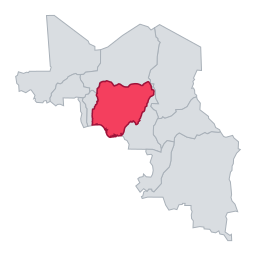 Nigeria highlighted among its neighbors
{"feature_id": "NGA", "entity_name": "Nigeria", "entity_type": "country or territory", "adm_level": 0, "iso_a3": "NGA", "parent_name": "Africa", "parent_adm1": "", "projection": "robinson", "projection_center": [7.751, 9.075], "detail": "fine", "context": "with_neighbors", "style": "filled", "palette": "rose", "viewbox_px": 256, "rotation_deg": 0, "n_neighbors": 10, "source": "natural_earth", "source_scale": "50m", "svg_char_len": 9716}
<svg xmlns="http://www.w3.org/2000/svg" viewBox="0 0 256 256"><path d="M230.4,181.9L231.6,194.5L231.0,197.5L232.0,200.9L235.0,204.2L237.7,211.7L235.6,211.1L227.3,212.8L225.7,216.5L226.9,219.1L225.1,232.0L230.0,235.4L231.4,234.3L231.7,240.6L227.8,240.6L223.9,234.8L219.9,234.0L218.8,230.9L215.6,232.8L211.5,232.0L209.8,229.3L204.1,228.9L203.9,227.1L199.7,226.6L193.0,227.8L193.3,220.8L191.6,218.6L191.3,215.0L192.1,211.5L191.0,209.2L191.0,205.5L184.7,205.5L185.1,203.4L182.5,203.4L182.2,204.5L179.0,204.7L176.9,209.6L174.0,208.8L168.9,210.1L165.7,205.1L163.0,197.2L147.6,197.1L142.2,198.5L141.4,196.6L142.8,196.0L143.8,191.9L145.7,190.7L147.1,191.3L148.8,189.0L151.7,189.1L152.0,190.8L153.9,191.8L161.4,183.4L161.2,178.5L163.5,172.8L169.3,166.9L169.9,165.0L170.9,160.8L171.2,152.3L173.8,145.4L174.5,137.8L176.6,134.8L179.3,132.9L186.9,137.1L194.6,138.8L196.9,134.8L199.2,135.4L205.0,132.4L207.1,133.7L208.8,133.5L209.5,132.1L211.5,131.6L218.7,132.3L220.4,131.7L223.6,136.5L225.9,137.3L232.6,135.4L233.9,137.9L238.5,141.8L238.2,148.7L240.3,149.5L236.6,153.2L233.6,159.0L233.3,163.7L232.1,166.0L232.0,170.4L230.5,172.1L229.1,179.3L230.4,181.9Z" fill="#d9dde1" stroke="#a8b0b8" stroke-width="1"/><path d="M200.7,47.1L201.5,70.5L197.1,70.1L193.5,78.1L194.6,79.5L192.9,81.3L193.5,83.7L191.7,88.3L193.5,88.0L194.6,90.3L194.8,93.7L196.7,95.4L196.6,96.9L193.4,97.9L190.8,100.3L187.1,106.7L182.2,109.4L175.8,109.6L176.3,111.7L171.4,116.0L164.9,118.3L162.7,116.8L161.8,118.3L157.5,118.8L158.3,117.2L155.9,110.7L153.6,109.7L150.6,106.3L151.7,103.5L158.4,103.7L155.6,98.3L155.3,90.5L153.3,86.7L153.8,84.0L150.5,83.8L150.4,80.0L148.3,77.9L150.5,70.1L157.0,64.5L157.2,56.9L159.0,44.9L160.1,42.4L157.9,40.4L157.8,38.5L155.9,37.0L154.5,27.8L159.6,24.6L200.7,47.1Z" fill="#d9dde1" stroke="#a8b0b8" stroke-width="1"/><path d="M19.1,91.4L18.7,85.1L16.8,83.4L15.7,76.4L17.5,75.3L18.4,71.8L23.6,73.4L26.6,72.2L28.5,72.6L29.3,71.3L50.0,71.2L51.2,67.1L50.3,66.3L46.5,15.5L54.2,15.4L88.2,41.1L89.3,43.8L94.9,46.5L94.9,50.2L100.6,49.7L100.5,63.2L97.7,67.2L97.3,70.8L85.6,72.2L83.7,74.3L77.1,74.6L75.8,73.5L73.0,74.3L68.2,76.7L67.1,78.6L63.1,81.2L62.4,82.7L60.2,83.9L57.7,83.1L56.3,84.6L55.5,88.6L51.3,93.5L51.4,95.5L50.0,98.0L50.3,101.4L46.9,103.0L46.2,100.5L43.8,101.1L42.8,102.8L36.7,102.4L35.1,100.7L35.4,98.9L34.8,98.2L33.7,98.8L35.0,95.4L31.2,90.0L30.2,89.8L25.8,92.7L21.3,90.6L19.1,91.4Z" fill="#d9dde1" stroke="#a8b0b8" stroke-width="1"/><path d="M92.2,125.6L87.9,126.3L86.6,122.3L86.9,108.7L85.8,107.5L85.6,104.6L82.3,100.8L83.0,97.7L84.8,97.1L85.8,94.5L88.4,93.9L91.2,90.4L93.1,90.4L97.0,93.8L96.8,95.8L98.0,99.3L96.9,101.6L97.5,103.2L93.3,108.7L92.4,112.4L92.2,125.6Z" fill="#d9dde1" stroke="#a8b0b8" stroke-width="1"/><path d="M154.5,27.8L155.9,37.0L157.8,38.5L157.9,40.4L160.1,42.4L159.0,44.9L157.2,56.9L157.0,64.5L150.5,70.1L148.3,77.9L150.4,80.0L150.5,83.8L153.8,84.0L153.3,86.7L151.8,87.1L151.7,89.0L150.7,89.1L147.2,82.6L146.0,82.4L141.9,85.7L135.1,83.6L133.7,84.5L130.6,84.3L127.6,86.8L125.0,86.9L118.7,83.9L116.3,85.3L113.6,85.2L111.7,83.0L106.5,80.8L101.0,81.5L99.6,82.8L98.9,86.2L97.4,88.6L97.0,93.8L93.1,90.4L91.2,90.4L89.5,92.2L89.6,88.1L83.7,86.8L83.5,83.9L80.7,80.1L80.0,77.4L80.4,74.6L83.7,74.3L85.6,72.2L97.3,70.8L97.7,67.2L100.5,63.2L100.6,49.7L107.8,47.0L122.6,35.4L140.0,24.2L148.1,26.8L151.0,30.0L154.5,27.8Z" fill="#d9dde1" stroke="#a8b0b8" stroke-width="1"/><path d="M153.3,86.7L155.3,90.5L155.6,98.3L158.4,103.7L151.7,103.5L150.6,106.3L153.6,109.7L155.9,110.7L158.3,117.2L154.9,124.8L153.7,125.8L153.4,134.6L155.9,137.7L158.2,142.9L160.6,144.8L161.4,149.2L161.0,152.3L152.7,149.4L128.3,149.1L129.1,144.4L127.0,140.5L124.7,139.5L123.6,136.9L122.3,136.0L123.7,130.2L126.1,124.5L127.6,124.5L130.7,121.0L132.7,120.9L135.6,123.4L139.2,121.4L141.6,113.6L144.4,111.2L148.6,98.9L152.9,94.3L153.7,91.3L151.7,89.0L151.8,87.1L153.3,86.7Z" fill="#d9dde1" stroke="#a8b0b8" stroke-width="1"/><path d="M83.0,97.7L82.3,100.8L85.6,104.6L85.8,107.5L86.9,108.7L86.6,122.3L87.9,126.3L83.7,127.6L81.1,121.8L80.7,118.8L81.9,113.5L80.6,111.4L80.2,102.5L78.0,99.4L78.4,97.6L83.0,97.7Z" fill="#d9dde1" stroke="#a8b0b8" stroke-width="1"/><path d="M50.3,101.4L50.0,98.0L51.4,95.5L51.3,93.5L55.5,88.6L56.3,84.6L57.7,83.1L60.2,83.9L62.4,82.7L63.1,81.2L67.1,78.6L68.2,76.7L73.0,74.3L75.8,73.5L77.1,74.6L80.4,74.6L80.0,77.4L80.7,80.1L83.5,83.9L83.7,86.8L89.6,88.1L89.5,92.2L88.4,93.9L85.8,94.5L84.8,97.1L83.0,97.7L76.0,97.1L74.4,98.1L63.1,97.9L63.6,105.7L60.1,104.2L57.6,104.4L55.8,105.9L50.3,101.4Z" fill="#d9dde1" stroke="#a8b0b8" stroke-width="1"/><path d="M220.4,131.7L218.7,132.3L211.5,131.6L207.1,133.7L205.0,132.4L199.2,135.4L196.9,134.8L194.6,138.8L186.9,137.1L179.3,132.9L176.6,134.8L174.5,137.8L174.1,141.9L167.2,140.6L164.1,143.7L161.4,149.2L160.6,144.8L158.2,142.9L155.9,137.7L153.4,134.6L153.3,130.4L153.7,125.8L154.9,124.8L157.5,118.8L161.8,118.3L162.7,116.8L164.9,118.3L171.4,116.0L176.3,111.7L175.8,109.6L182.2,109.4L187.1,106.7L190.8,100.3L193.4,97.9L196.6,96.9L197.3,99.4L200.3,103.1L199.9,109.8L208.5,116.4L208.6,118.3L214.3,123.9L215.6,127.5L219.6,129.8L220.4,131.7Z" fill="#d9dde1" stroke="#a8b0b8" stroke-width="1"/><path d="M174.1,141.9L173.8,145.4L171.2,152.3L170.9,160.8L169.9,165.0L169.3,166.9L163.5,172.8L161.2,178.5L161.4,183.4L153.9,191.8L152.0,190.8L151.7,189.1L148.8,189.0L147.1,191.3L143.7,188.7L140.1,192.2L135.8,186.0L139.8,182.7L137.8,178.8L139.6,177.3L143.1,176.6L143.5,174.0L146.3,176.8L150.9,177.1L152.5,174.3L153.2,170.4L152.6,165.8L150.1,162.3L152.4,155.5L151.1,154.3L147.2,154.8L145.8,151.7L146.1,149.2L152.7,149.4L161.0,152.3L161.4,149.2L164.1,143.7L167.2,140.6L174.1,141.9Z" fill="#d9dde1" stroke="#a8b0b8" stroke-width="1"/><path d="M148.6,81.8L149.5,83.0L150.3,84.4L151.0,85.5L151.5,88.2L151.6,88.7L151.6,89.0L151.7,89.6L152.1,89.7L152.9,89.8L153.4,90.1L153.7,90.5L153.8,90.6L153.9,90.9L154.0,91.2L153.9,91.9L153.8,92.8L153.7,93.4L153.8,94.2L153.7,94.6L153.6,94.8L153.3,95.1L152.9,95.3L151.8,96.1L151.5,96.2L151.1,96.3L150.7,96.5L150.2,96.9L149.2,98.5L148.4,100.0L148.1,101.3L147.8,102.6L147.0,103.4L146.9,103.8L146.9,104.1L146.9,104.7L146.8,105.7L146.7,106.2L146.5,106.3L145.7,106.6L145.3,107.0L145.0,107.7L144.9,108.5L144.7,109.4L144.6,110.2L144.5,110.6L144.3,111.0L143.8,111.4L143.5,111.7L142.6,111.9L142.1,112.9L141.7,113.7L141.7,114.0L141.3,115.7L140.6,117.0L140.6,117.4L140.6,117.8L139.7,118.9L139.5,119.2L139.3,119.7L139.5,120.1L139.7,120.5L139.8,120.6L139.4,120.9L138.7,121.6L138.3,121.9L138.2,122.1L138.2,123.1L138.0,123.3L137.8,123.6L137.4,124.0L137.0,124.3L136.5,124.5L136.1,124.6L135.9,124.5L135.7,124.2L135.5,123.1L135.3,122.8L135.1,122.6L134.5,122.0L133.9,121.3L133.2,120.9L133.0,121.1L132.8,121.7L132.6,121.9L132.2,122.0L131.6,122.0L131.2,121.9L131.0,121.5L130.8,121.3L130.3,121.7L129.5,122.4L129.2,122.5L128.7,123.3L128.3,124.0L127.9,124.4L127.5,124.7L127.2,125.0L126.9,125.3L126.2,126.1L125.2,127.1L124.9,127.7L124.6,128.5L124.4,129.3L124.2,130.3L123.9,131.9L123.4,132.8L123.1,133.5L122.8,134.0L122.6,134.5L122.4,134.7L122.0,134.6L121.8,134.2L121.5,134.1L121.0,133.5L120.9,133.6L121.4,135.1L121.2,135.7L119.9,135.7L118.7,135.9L117.9,135.9L117.5,135.6L117.3,135.1L117.2,135.1L117.2,135.4L116.9,135.7L116.0,135.7L115.6,135.3L115.3,134.9L114.9,134.7L115.0,134.9L115.4,135.3L115.3,135.9L114.6,136.6L114.1,136.7L113.8,136.4L113.7,135.9L113.6,135.1L113.4,134.7L113.4,135.1L113.4,135.5L113.4,136.2L113.8,136.8L113.3,136.9L113.0,136.9L112.6,136.9L112.5,136.7L112.5,136.3L112.3,136.1L112.2,136.9L111.9,137.0L111.7,137.0L110.9,137.2L110.7,137.1L110.8,136.8L110.7,136.4L110.4,136.7L110.4,137.2L110.2,137.3L109.7,137.2L109.2,137.0L108.8,136.7L108.3,136.3L107.2,135.1L107.0,134.6L106.7,134.0L106.5,133.4L106.1,132.3L106.2,132.2L106.5,132.3L106.6,132.2L106.1,132.0L106.1,131.9L106.0,131.5L106.0,131.1L106.4,130.9L106.7,130.8L106.9,130.5L107.0,130.3L106.1,130.7L105.3,130.2L105.2,129.9L105.3,129.7L105.6,129.7L106.2,129.7L106.5,129.5L106.3,129.4L106.0,129.4L105.8,129.2L105.8,128.9L105.7,129.0L105.6,129.3L105.0,129.5L104.7,129.3L104.7,128.8L104.6,128.5L104.4,128.4L103.4,127.0L102.2,125.9L101.2,125.1L99.6,124.7L96.3,124.8L96.1,124.7L96.3,124.5L96.6,124.4L97.7,123.7L96.4,124.0L96.0,124.1L95.5,124.8L92.6,125.0L92.2,125.0L92.2,124.6L92.4,123.7L92.5,123.3L92.6,123.0L92.5,122.6L92.4,122.1L92.3,121.4L92.5,121.2L92.5,120.9L92.5,120.4L92.5,118.9L92.7,118.7L92.5,118.1L92.3,117.6L92.3,117.0L92.3,116.4L92.1,116.1L92.2,115.1L92.3,113.8L92.2,113.2L92.4,112.8L92.4,111.8L92.4,110.8L92.6,109.2L93.3,109.1L94.0,109.0L94.4,108.4L94.6,107.6L94.5,106.8L94.7,106.6L95.0,106.2L95.5,105.6L95.5,104.9L95.6,104.7L95.9,104.5L96.3,104.5L96.7,104.1L96.9,103.6L97.2,102.7L96.8,102.0L96.8,101.9L97.0,101.5L97.2,101.2L97.3,101.1L97.8,101.2L98.1,100.0L98.1,99.7L97.8,99.1L97.7,98.6L97.6,97.9L97.5,97.2L97.4,97.0L97.2,96.8L97.1,96.7L96.4,95.4L96.4,94.8L96.7,94.0L96.9,93.6L97.2,93.4L97.3,93.2L97.2,93.0L97.1,92.8L97.0,92.5L97.1,92.2L97.1,91.4L97.1,90.6L97.2,89.4L97.2,88.7L97.9,88.1L98.8,87.2L99.3,86.3L99.5,85.6L99.8,83.2L100.1,83.1L100.3,83.0L101.2,82.1L102.0,81.8L102.5,81.6L103.3,81.4L103.8,81.5L104.8,81.5L105.5,81.5L106.1,81.0L106.4,80.9L106.8,80.8L108.6,81.4L110.3,82.0L110.7,82.0L110.9,82.0L111.4,82.4L112.0,83.1L112.4,83.5L112.6,83.8L113.5,85.3L113.9,85.7L114.2,85.9L114.6,85.9L114.8,85.9L115.1,85.7L115.4,85.4L116.0,85.3L116.4,85.3L118.6,83.9L118.8,83.9L119.5,84.0L120.2,84.2L122.1,85.6L123.6,86.5L124.7,86.8L125.9,87.0L128.1,87.0L129.7,85.1L130.3,84.7L131.0,84.3L132.5,84.0L135.0,83.7L137.3,83.8L137.8,83.9L138.8,84.2L140.3,84.8L141.0,85.4L142.0,85.5L142.8,85.4L143.0,84.8L143.7,84.0L144.3,83.7L144.9,83.3L145.8,82.8L146.5,82.5L147.2,82.0L147.7,81.8L148.6,81.8ZM116.1,136.5L115.6,136.7L115.3,136.6L115.7,135.8L115.9,136.0L116.2,136.1L116.1,136.5Z" fill="#f43f5e" stroke="#9f1239" stroke-width="1.5"/></svg>